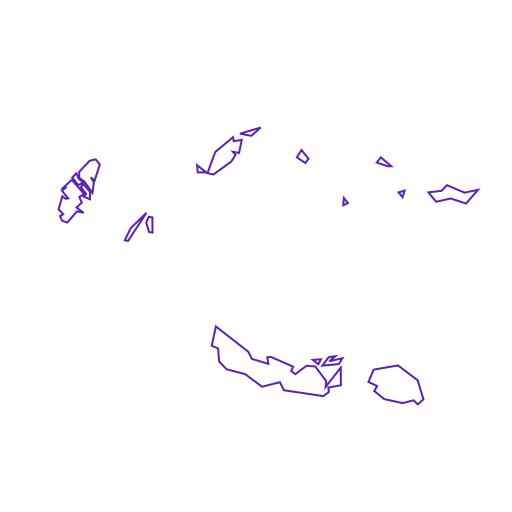 Maluku, Mercator projection, rotated 192°
{"feature_id": "IDN-554", "entity_name": "Maluku", "entity_type": "Province", "adm_level": 1, "iso_a3": "IDN", "parent_name": "Indonesia", "parent_adm1": "", "projection": "mercator", "projection_center": [130.68, -5.566], "detail": "medium", "context": "isolated", "style": "outline", "palette": "violet", "viewbox_px": 512, "rotation_deg": 192, "n_neighbors": 0, "source": "natural_earth", "source_scale": "10m", "svg_char_len": 1970}
<svg xmlns="http://www.w3.org/2000/svg" viewBox="0 0 512 512"><g transform="rotate(192 256 256)"><path d="M280.6,159.0L280.6,178.7L243.7,160.8L238.7,154.5L221.5,153.1L223.9,159.3L220.4,160.4L196.7,155.5L197.6,150.8L192.9,148.6L183.9,159.0L175.1,160.3L161.3,148.2L160.7,142.4L149.9,164.4L146.1,147.2L157.9,142.4L156.4,138.1L161.2,132.9L200.8,130.5L206.4,137.5L222.9,129.4L242.1,138.2L261.3,139.1L270.2,145.2L273.8,157.7L280.6,159.0ZM119.8,156.2L117.3,169.3L94.3,178.5L72.0,168.0L62.4,150.6L66.9,144.5L71.9,147.6L81.9,142.6L100.8,142.7L112.2,148.5L110.5,154.0L119.8,156.2ZM458.8,282.6L452.0,292.3L437.0,280.9L441.1,277.0L437.5,272.0L441.6,266.1L433.6,262.4L440.4,262.5L447.5,249.5L452.9,250.2L456.0,254.3L453.2,256.8L458.8,260.5L457.8,274.1L454.1,272.4L451.7,273.3L459.4,279.5L455.7,284.0L458.8,282.6ZM320.7,326.9L317.5,349.2L303.2,367.4L301.7,363.6L294.1,366.6L294.0,353.2L300.2,353.2L297.1,350.6L299.8,343.2L314.6,326.9L320.7,326.9ZM100.6,354.1L88.1,358.3L83.9,365.0L65.2,361.3L52.6,366.9L61.4,351.0L77.6,352.7L91.1,346.5L100.6,354.1ZM446.4,301.6L438.5,314.6L432.9,317.2L427.8,313.1L429.5,296.3L434.0,298.5L429.9,294.5L429.1,283.6L439.4,293.2L445.2,295.7L446.4,301.6ZM168.2,162.6L163.9,172.1L157.6,174.4L162.4,168.3L150.2,174.0L152.5,167.5L168.2,162.6ZM236.5,361.0L233.5,369.1L224.9,362.1L227.0,357.2L236.5,361.0ZM387.6,244.1L384.4,257.1L372.2,275.3L384.3,244.1L387.6,244.1ZM370.3,265.8L369.1,272.0L365.4,272.2L362.1,257.4L365.6,257.2L370.3,265.8ZM441.6,287.0L439.8,290.5L431.8,284.4L430.2,277.0L436.8,278.3L435.1,281.4L441.6,287.0ZM157.3,372.5L154.4,378.5L142.4,371.9L145.7,371.1L157.3,372.5ZM452.0,294.6L449.0,299.5L445.5,294.8L440.2,291.8L444.7,288.4L452.0,294.6ZM285.5,372.6L297.1,372.3L278.2,382.6L285.5,372.6ZM330.4,325.7L332.5,332.6L322.0,327.4L330.4,325.7ZM181.2,323.8L182.1,331.0L177.1,326.9L181.2,323.8ZM172.5,163.1L178.7,166.2L171.0,168.5L172.5,163.1ZM124.9,344.0L129.8,347.9L124.2,350.8L124.9,344.0Z" fill="none" stroke="#5b21b6" stroke-width="2"/></g></svg>